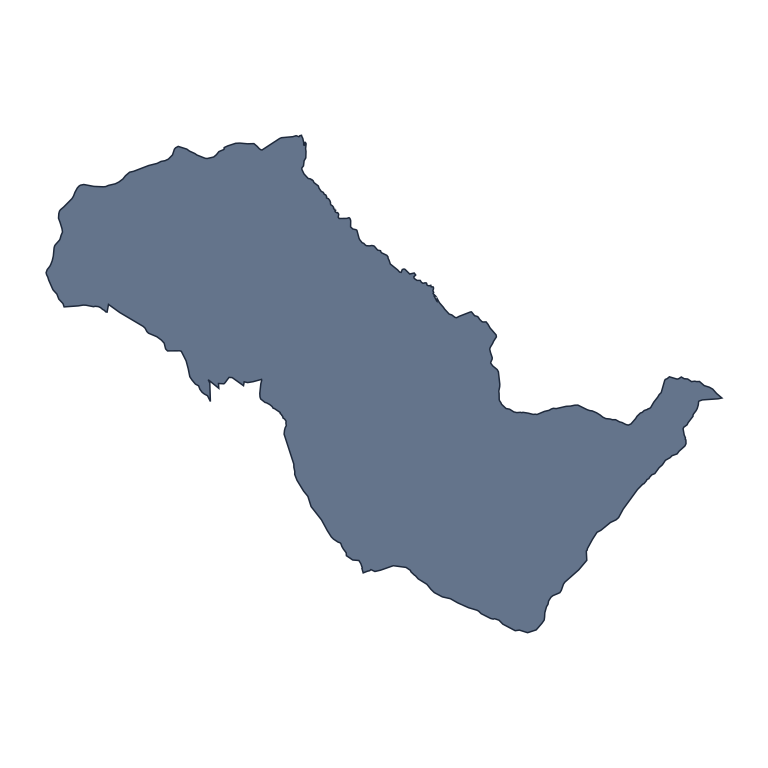 outline of Bilbor, Harghita, Romania
{"feature_id": "2599482B34783893075805", "entity_name": "Bilbor", "entity_type": "district", "adm_level": 2, "iso_a3": "ROU", "parent_name": "Romania", "parent_adm1": "Harghita", "projection": "albers", "projection_center": [25.478, 47.092], "detail": "fine", "context": "isolated", "style": "filled", "palette": "slate", "viewbox_px": 768, "rotation_deg": 0, "n_neighbors": 0, "source": "geoboundaries", "source_scale": "gbopen_adm2", "svg_char_len": 6089}
<svg xmlns="http://www.w3.org/2000/svg" viewBox="0 0 768 768"><path d="M721.9,398.0L716.6,393.5L712.7,389.1L709.3,387.2L704.2,385.6L699.5,381.5L696.6,381.6L694.8,381.2L691.5,381.6L687.7,379.0L684.2,378.7L681.3,377.0L678.7,378.7L677.1,379.1L669.4,376.8L667.1,378.7L665.3,379.4L664.7,380.4L661.2,392.6L659.1,394.7L657.8,397.0L653.8,402.1L650.7,407.5L649.7,408.3L647.9,408.9L647.5,409.4L644.2,410.5L642.2,412.4L640.4,413.0L637.0,416.3L635.6,418.6L631.0,423.9L628.3,425.1L625.9,424.5L622.0,422.5L619.6,421.9L615.6,419.7L612.3,419.7L610.1,419.0L605.8,418.6L602.7,417.1L600.3,415.1L596.6,412.8L592.2,410.9L589.9,410.6L587.2,409.7L577.9,405.1L574.6,405.2L570.5,406.1L566.2,406.3L556.3,408.6L553.3,408.3L551.3,409.0L549.1,410.3L544.4,411.4L537.0,414.5L535.4,414.2L533.1,414.4L528.4,413.2L522.9,412.3L521.9,412.7L520.4,412.3L516.8,412.6L513.8,411.9L509.6,409.2L506.0,408.5L501.6,404.3L500.8,402.5L499.7,401.0L499.2,399.6L499.1,393.5L498.8,391.2L499.7,386.7L499.8,384.2L498.4,371.8L497.2,369.6L492.7,365.9L490.7,363.1L490.8,362.2L492.2,359.0L492.2,357.5L490.5,352.5L489.7,349.1L490.3,347.3L492.7,343.3L493.5,341.4L496.4,336.9L496.1,334.9L490.1,328.0L488.0,324.3L486.1,321.9L483.0,322.0L481.9,321.6L479.6,319.3L478.2,317.1L477.2,316.4L474.6,315.7L471.5,311.9L470.3,312.0L459.2,316.3L456.6,317.7L455.0,317.4L451.8,314.9L449.2,314.1L444.6,309.1L443.4,307.3L439.4,302.7L437.2,298.7L437.0,301.3L436.8,301.1L434.2,296.2L435.6,296.1L433.2,293.7L433.1,293.3L433.7,292.4L432.9,290.8L433.5,288.8L433.5,287.7L433.1,286.9L431.2,286.8L430.8,285.3L429.0,285.8L427.5,285.4L426.9,284.8L426.7,283.5L426.4,283.0L425.1,282.8L423.0,283.3L421.5,282.4L420.2,280.4L417.0,280.4L415.1,279.1L414.1,278.1L413.8,276.9L415.7,275.0L414.2,273.0L409.7,274.0L405.1,269.4L404.0,269.0L402.3,269.5L401.1,272.4L399.6,272.1L397.6,269.9L390.3,264.0L389.1,260.3L388.1,258.3L388.0,256.9L386.8,255.3L381.6,252.8L380.9,251.9L380.5,250.7L377.6,250.1L374.5,246.4L373.8,245.9L371.8,245.5L369.4,245.9L366.5,245.7L365.5,245.2L363.7,243.3L362.2,242.8L359.8,239.8L359.1,238.5L356.9,230.3L356.0,229.7L352.8,229.0L350.6,226.9L350.7,220.8L350.3,219.2L349.6,218.1L349.0,217.7L346.8,218.4L339.2,218.5L338.2,217.2L338.7,214.5L338.3,213.4L337.5,212.6L337.1,212.8L335.7,212.2L335.1,211.5L335.0,211.1L335.5,210.4L335.0,210.3L334.7,209.2L334.2,209.2L333.6,208.6L333.6,207.4L332.4,205.8L331.1,205.0L330.5,204.0L330.5,202.5L329.8,200.5L328.4,198.7L326.5,197.9L326.6,196.6L325.8,195.0L324.3,194.3L323.3,192.4L321.2,191.3L319.1,188.3L318.3,185.9L314.0,182.6L313.1,180.7L311.8,179.6L311.6,179.8L310.2,178.8L308.2,178.5L304.0,173.9L301.9,169.5L301.8,168.3L302.1,167.6L303.5,165.9L304.1,160.8L305.8,157.9L306.0,151.4L305.6,148.8L306.1,143.8L305.4,142.4L305.0,142.4L305.1,144.9L304.4,145.3L303.7,145.0L303.7,142.7L302.8,138.4L301.8,136.4L301.5,135.3L299.8,135.7L299.5,136.4L298.9,136.7L296.1,135.7L292.8,136.7L281.5,137.7L279.6,138.5L262.0,150.0L260.7,149.7L259.3,148.7L257.1,146.3L253.9,143.6L247.6,143.8L239.9,143.1L235.6,143.3L227.7,145.9L224.3,147.5L224.0,148.0L224.3,148.9L223.6,149.6L218.9,151.6L216.4,154.7L213.7,157.0L207.2,158.5L205.2,158.3L196.9,155.0L194.8,153.5L189.5,151.1L186.8,149.1L178.2,146.4L175.6,147.8L174.4,149.2L172.5,154.9L168.4,159.1L165.0,160.7L161.1,161.4L157.1,163.4L148.7,165.5L133.6,171.3L129.6,172.2L125.5,175.7L122.9,179.0L121.3,180.2L118.9,182.0L115.3,183.8L108.4,185.4L105.7,186.6L103.3,186.8L93.9,186.4L83.8,184.5L80.4,185.2L79.0,186.1L77.3,188.0L75.0,192.2L73.5,196.1L72.0,198.6L63.7,207.0L60.5,209.7L59.5,211.1L58.8,213.6L58.5,218.2L60.1,222.5L62.0,228.7L62.5,232.1L61.1,235.3L60.1,238.9L59.5,240.1L55.3,244.8L54.6,246.0L54.1,247.8L53.3,256.1L52.2,260.8L50.7,264.6L49.8,266.3L47.2,269.6L46.1,272.7L46.6,274.7L47.8,277.1L48.7,280.1L52.7,289.2L53.3,290.2L56.9,294.1L58.8,299.1L63.0,303.6L64.1,306.9L78.2,305.9L83.1,305.1L85.9,305.2L93.5,306.7L95.2,306.3L98.3,306.6L100.5,307.6L102.5,309.3L104.4,310.4L105.8,311.9L107.1,312.1L108.5,304.4L119.7,312.5L143.2,326.4L145.1,328.2L146.9,331.6L148.5,333.2L156.8,336.7L161.4,340.1L164.2,343.2L165.6,348.9L167.5,350.9L179.8,350.8L181.3,351.3L186.1,360.8L188.2,368.7L189.8,376.7L191.9,379.9L195.4,384.1L198.6,385.8L199.9,389.3L202.1,392.3L204.3,394.0L207.5,395.7L210.4,401.5L209.8,383.0L208.2,379.7L218.8,388.3L218.5,383.5L223.9,383.8L225.1,382.7L229.0,377.4L232.2,377.6L243.5,385.7L244.2,381.8L247.6,382.6L253.1,381.7L261.5,379.4L261.7,380.2L260.8,383.9L259.8,393.4L260.0,396.9L260.7,399.0L265.1,402.5L266.3,402.7L269.8,404.6L272.1,406.5L273.2,408.3L274.3,408.5L280.2,412.5L280.2,413.5L281.5,414.6L281.8,415.4L282.7,416.4L283.0,418.0L284.6,419.0L286.1,421.2L285.9,423.1L286.3,425.6L285.2,427.7L284.5,430.3L284.1,434.2L293.8,464.1L293.9,467.4L294.8,471.5L294.7,474.4L297.0,480.3L303.6,491.1L307.9,496.4L311.1,506.6L321.5,519.9L327.3,530.6L331.3,536.9L333.5,539.1L338.0,542.1L340.1,542.8L340.8,543.5L341.9,546.5L343.4,549.1L346.2,552.8L346.4,555.7L352.7,560.0L358.9,560.5L360.8,563.6L362.3,567.9L361.9,568.4L363.2,572.9L367.5,571.2L369.7,570.7L370.9,569.6L374.9,571.5L380.5,570.2L393.3,565.7L406.0,567.4L410.3,570.3L411.0,571.9L414.6,575.3L415.3,575.6L418.2,578.9L426.9,584.3L431.0,589.4L434.3,592.6L442.4,596.9L450.4,598.7L457.6,602.8L468.5,607.7L476.9,610.2L478.6,611.1L481.2,613.7L490.7,618.5L493.2,619.1L494.6,618.7L499.0,620.2L502.9,624.2L515.2,630.7L519.4,630.1L527.6,632.7L536.2,629.9L542.0,623.2L544.2,620.0L544.6,617.0L544.8,612.8L546.5,606.7L548.0,604.3L548.6,601.0L550.9,597.3L552.8,595.7L559.8,592.7L561.3,590.4L563.5,584.1L564.9,582.1L578.7,569.9L586.8,560.3L586.3,551.1L587.2,550.1L587.4,548.6L592.5,539.3L597.0,532.3L600.9,530.3L610.4,522.5L616.1,519.8L618.6,517.6L623.2,509.1L637.5,489.5L642.6,484.3L644.0,483.6L646.5,480.6L646.9,479.6L648.9,478.6L649.5,477.4L651.8,474.8L654.8,473.6L659.1,467.7L662.4,464.8L665.4,460.3L670.2,457.6L672.0,455.7L677.1,453.9L679.1,451.2L684.9,446.0L686.0,443.7L685.9,439.9L685.3,439.3L685.4,437.7L684.2,435.0L683.1,428.8L683.7,427.3L687.1,424.8L688.1,422.7L693.0,416.3L693.0,415.1L693.6,413.9L696.0,410.8L697.2,408.6L698.3,404.9L698.6,401.7L699.0,401.1L702.4,399.9L718.2,398.8L721.9,398.0Z" fill="#64748b" stroke="#1e293b" stroke-width="1.5"/></svg>